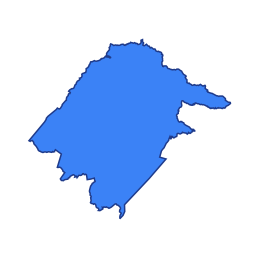 Tabasco, Zacatecas, Mexico, rotated 196°
{"feature_id": "50627088B99461969651852", "entity_name": "Tabasco", "entity_type": "district", "adm_level": 2, "iso_a3": "MEX", "parent_name": "Mexico", "parent_adm1": "Zacatecas", "projection": "albers", "projection_center": [-102.953, 21.94], "detail": "fine", "context": "isolated", "style": "filled", "palette": "blue", "viewbox_px": 256, "rotation_deg": 196, "n_neighbors": 0, "source": "geoboundaries", "source_scale": "gbopen_adm2", "svg_char_len": 5843}
<svg xmlns="http://www.w3.org/2000/svg" viewBox="0 0 256 256"><g transform="rotate(196 128 128)"><path d="M219.7,88.5L218.4,88.2L218.3,88.6L216.5,89.6L214.9,88.4L214.0,86.8L211.2,85.1L209.0,83.1L208.3,82.1L207.6,81.6L206.4,81.3L205.6,81.4L205.2,81.1L203.0,81.0L201.6,82.0L200.6,82.3L199.4,82.2L197.8,83.3L194.6,83.6L194.3,83.8L194.0,84.6L193.0,84.4L192.1,85.0L192.3,85.3L191.8,87.1L184.9,84.6L185.1,70.7L184.5,70.7L182.9,71.5L181.7,71.3L179.9,70.1L179.0,69.3L178.6,68.5L176.5,67.7L179.0,60.4L177.6,59.2L175.5,59.6L174.8,60.8L171.7,62.3L171.5,63.6L170.4,64.2L170.4,65.4L167.9,67.9L167.3,68.1L165.9,67.4L165.5,66.9L165.6,66.2L165.0,66.6L164.9,67.3L164.5,67.5L164.1,67.3L163.3,66.2L162.9,67.4L162.7,67.5L162.4,68.8L161.8,69.1L160.6,69.3L159.8,69.8L159.2,70.6L158.9,71.5L158.2,71.8L157.2,71.1L156.6,71.3L156.0,71.9L155.1,71.6L154.1,69.7L153.0,67.1L149.8,68.6L146.6,70.5L145.8,68.8L144.9,67.8L145.0,67.3L146.2,66.1L146.3,65.6L147.1,64.9L147.2,63.9L147.9,61.8L147.8,57.4L147.4,56.0L146.4,54.9L145.9,53.0L145.0,52.5L144.4,51.7L144.7,50.8L143.4,48.0L143.5,45.9L142.6,45.4L140.7,45.5L140.1,45.2L139.5,45.9L138.9,45.9L137.8,45.2L136.8,43.3L136.0,42.8L134.8,42.7L133.9,42.1L133.7,41.6L133.2,41.0L133.5,40.6L132.2,40.8L130.2,42.9L130.4,43.0L130.2,43.4L130.7,44.6L129.9,44.3L129.4,45.5L128.0,45.5L127.0,46.2L126.4,45.9L125.2,46.0L124.4,45.6L123.7,45.9L122.2,47.4L119.7,51.1L118.9,51.7L118.2,51.7L117.7,51.0L116.3,51.0L114.4,50.2L113.3,49.2L112.9,48.1L113.4,46.9L113.0,45.1L111.4,44.5L111.0,44.0L111.5,42.3L111.5,41.1L111.0,39.1L110.6,39.0L108.7,42.6L108.1,46.8L110.2,53.3L93.7,85.3L82.9,108.7L89.5,108.7L89.5,115.2L88.9,116.9L87.9,118.9L87.0,124.0L86.5,124.8L85.5,127.3L85.6,128.7L85.3,131.3L84.9,130.7L84.2,130.4L84.1,129.5L83.8,129.4L83.5,130.3L84.0,131.3L83.9,131.9L82.8,132.1L82.4,131.4L81.3,131.1L80.6,131.6L79.9,132.7L78.9,133.2L78.8,133.8L79.2,135.8L78.7,136.5L78.2,136.7L76.3,136.6L74.7,138.0L74.6,138.8L74.3,139.0L73.6,138.8L70.3,139.1L69.4,138.4L68.6,139.5L68.6,140.4L66.9,139.9L66.3,140.4L66.0,141.4L65.0,142.2L64.9,142.5L65.8,143.7L63.4,143.3L63.0,143.6L63.3,144.0L64.2,144.2L64.6,144.7L65.9,144.4L67.2,144.4L69.2,145.8L73.6,146.7L75.1,147.3L75.6,148.1L76.0,148.4L77.5,148.4L78.0,149.0L79.2,148.8L79.7,148.1L80.3,147.8L81.8,148.8L82.9,150.5L83.6,151.0L83.8,152.3L84.6,152.9L84.9,154.1L84.8,154.5L83.7,155.9L84.2,157.2L83.8,158.4L84.7,158.9L84.0,161.8L82.7,162.9L82.5,163.8L82.6,164.8L83.5,166.5L83.8,168.7L83.1,169.2L82.4,169.2L80.8,168.2L79.5,168.3L78.3,167.8L77.7,168.1L76.5,167.9L75.4,167.3L74.1,167.7L73.8,167.3L71.9,167.8L72.2,168.6L71.6,169.3L70.6,168.8L70.4,169.0L70.5,169.9L70.0,170.4L70.1,170.6L69.8,170.7L67.6,170.5L66.9,170.8L65.0,170.4L63.9,171.0L62.9,170.8L62.2,171.2L60.0,171.1L58.8,170.7L57.9,170.9L57.5,170.8L57.5,170.4L57.1,170.2L56.1,170.2L54.2,169.5L53.7,170.1L53.1,169.9L51.5,170.8L51.0,170.7L50.5,170.3L49.8,170.7L49.6,171.4L49.0,170.9L48.4,171.0L46.9,172.4L46.5,172.1L44.8,172.7L42.9,172.7L42.3,172.9L42.1,173.5L41.6,173.8L40.8,173.7L40.1,174.2L39.7,175.9L37.9,177.5L36.3,179.7L36.3,180.0L36.7,180.7L37.1,180.8L38.5,180.4L42.0,181.5L42.2,182.6L42.6,183.2L45.4,184.6L46.5,184.7L47.1,184.3L48.5,184.1L49.3,183.4L50.5,183.6L51.7,183.4L56.9,184.5L57.5,184.3L61.1,184.5L61.1,184.9L62.1,185.3L61.8,185.7L61.8,186.3L62.0,186.5L63.0,186.6L64.7,187.3L65.1,188.9L65.0,189.5L65.6,190.2L66.2,190.0L67.4,189.0L68.3,189.1L70.4,189.9L71.9,188.3L72.6,188.5L73.9,187.8L75.6,187.9L75.9,187.7L76.3,187.9L77.4,186.9L78.2,186.7L79.0,187.2L80.7,187.5L81.5,188.0L82.0,187.6L83.0,187.8L83.5,187.7L84.1,188.2L84.0,188.8L84.3,189.2L84.6,190.6L85.9,191.3L87.0,192.6L86.4,193.4L86.7,193.6L86.8,194.2L89.4,194.9L91.0,196.2L92.1,197.4L94.4,198.0L95.2,198.4L95.7,198.5L97.2,198.1L98.4,196.9L99.8,197.0L100.7,196.4L101.7,196.1L102.1,196.3L103.0,196.1L105.1,196.4L105.9,196.2L106.7,196.7L107.3,197.6L108.5,198.2L110.3,197.6L111.0,197.1L111.0,196.8L111.6,196.8L112.0,197.7L112.8,198.1L113.4,200.1L113.6,200.8L113.2,201.8L113.3,202.5L113.8,203.5L114.0,204.5L114.8,205.7L114.4,207.0L115.0,208.1L115.7,207.9L116.1,208.1L116.0,208.8L116.6,209.6L117.6,210.0L118.8,209.8L119.7,210.2L120.3,209.7L122.1,209.7L123.0,210.3L123.3,211.0L124.0,211.4L125.1,210.8L127.6,211.9L128.7,211.1L130.0,212.5L130.7,212.3L131.8,212.6L133.3,213.6L134.9,211.7L135.4,211.5L135.8,211.8L136.5,211.8L136.7,213.2L136.4,213.9L136.6,214.3L138.4,215.3L138.1,216.3L138.4,217.0L139.7,215.9L139.0,213.8L139.1,213.1L139.9,211.8L141.4,211.0L142.4,211.7L143.2,211.7L143.6,211.3L145.1,211.9L146.2,211.0L147.6,211.1L148.7,210.9L149.0,211.1L149.6,210.0L150.9,209.4L151.1,208.8L151.7,208.7L151.9,208.2L152.6,208.1L152.7,207.5L153.3,207.3L153.6,206.6L154.5,206.5L154.8,207.0L155.3,207.2L156.1,207.1L157.8,206.3L157.9,205.9L159.0,205.1L159.9,204.8L160.7,204.9L161.3,204.3L162.1,204.5L163.1,204.3L164.4,203.4L165.9,203.9L167.8,204.1L168.0,203.3L167.7,201.9L167.9,200.8L168.3,200.2L167.5,198.8L167.5,198.0L168.9,194.8L169.1,193.5L168.7,192.5L168.9,191.6L166.6,191.7L166.3,191.9L165.9,191.5L164.5,191.3L164.2,191.1L164.2,190.7L164.8,190.4L166.0,190.8L168.0,190.4L169.6,190.5L170.1,189.1L171.5,187.8L172.3,187.7L172.6,187.0L173.1,186.9L173.4,185.9L174.6,184.8L176.8,183.5L178.2,183.3L178.9,183.5L180.6,181.9L182.1,181.3L182.4,178.2L182.7,178.0L182.8,176.0L183.2,175.5L183.3,175.0L184.6,173.5L184.0,171.6L184.0,169.7L184.9,169.2L185.5,168.6L186.4,168.1L187.1,167.3L187.2,166.8L186.6,165.6L186.5,164.5L186.8,163.6L188.4,162.5L187.7,161.8L188.1,160.6L189.6,159.0L190.1,157.0L190.0,155.8L190.8,154.8L191.0,152.0L191.3,151.2L192.0,150.6L192.8,150.4L194.4,148.7L195.1,147.3L195.2,146.9L193.3,146.3L193.3,145.1L194.2,144.8L194.5,144.4L194.6,143.7L194.4,142.8L195.4,140.6L195.2,138.4L194.9,137.7L195.6,136.9L197.7,132.4L197.5,131.5L198.4,128.4L199.0,127.5L200.2,127.4L201.4,127.7L202.0,126.1L208.2,117.1L209.2,114.8L209.0,113.9L209.8,111.0L219.7,88.5Z" fill="#3b82f6" stroke="#1e3a8a" stroke-width="1.5"/></g></svg>